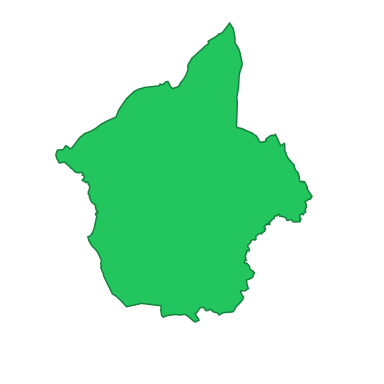 the district of Wachirabarami, Phitsanulok, Thailand, rotated 148°
{"feature_id": "78962969B59938100637315", "entity_name": "Wachirabarami", "entity_type": "district", "adm_level": 2, "iso_a3": "THA", "parent_name": "Thailand", "parent_adm1": "Phitsanulok", "projection": "robinson", "projection_center": [100.102, 16.525], "detail": "fine", "context": "isolated", "style": "filled", "palette": "green", "viewbox_px": 384, "rotation_deg": 148, "n_neighbors": 0, "source": "geoboundaries", "source_scale": "gbopen_adm2", "svg_char_len": 6027}
<svg xmlns="http://www.w3.org/2000/svg" viewBox="0 0 384 384"><g transform="rotate(148 192 192)"><path d="M94.5,123.6L92.6,124.7L92.7,131.6L92.6,134.6L91.9,134.6L91.6,134.8L91.2,140.6L91.2,141.1L92.6,141.2L92.3,142.3L92.5,142.5L94.6,143.2L94.8,143.5L94.6,145.1L94.3,145.4L93.2,147.9L92.7,148.6L92.6,150.9L91.9,151.3L92.2,154.1L92.5,155.6L92.4,156.9L91.9,158.9L91.2,160.7L92.4,168.0L92.6,171.2L92.5,172.4L91.9,174.1L91.7,176.3L91.3,177.8L90.1,180.1L88.0,183.4L88.0,184.4L90.7,184.1L92.0,184.2L92.0,187.1L91.1,192.9L90.7,196.6L93.3,196.8L93.9,197.7L96.4,198.2L98.8,197.9L100.5,198.0L100.9,197.0L101.8,197.2L102.3,196.0L104.1,196.4L107.9,198.0L107.7,202.8L107.9,205.6L107.9,205.9L108.2,206.0L109.0,207.9L109.6,209.9L113.3,215.1L116.2,219.5L119.6,222.7L119.5,223.5L119.1,224.9L118.4,225.7L106.4,243.6L105.2,245.8L104.7,247.1L103.9,248.4L96.8,256.5L90.1,266.1L86.7,269.5L82.8,272.5L82.1,273.4L81.1,275.1L80.2,277.4L77.3,285.4L76.6,288.2L76.5,291.3L76.5,295.7L73.9,300.0L70.6,308.3L70.5,315.3L80.9,311.4L82.1,311.1L82.8,311.1L85.6,311.8L85.8,311.3L86.6,311.4L90.8,311.0L98.2,311.4L99.3,309.4L99.5,309.1L103.7,308.7L121.2,305.5L124.8,303.6L126.6,302.8L128.5,301.4L129.2,300.4L130.2,298.4L131.7,296.9L136.6,293.5L140.8,291.6L142.5,291.2L143.6,290.7L144.5,290.5L146.0,289.4L146.5,288.8L149.2,288.9L153.7,290.1L153.9,290.3L154.5,294.5L154.0,294.9L153.9,298.5L154.8,298.8L155.6,299.3L158.5,298.8L159.5,298.4L159.8,298.4L160.6,298.9L161.8,300.5L163.2,299.6L164.6,299.9L176.2,305.5L182.4,307.4L185.3,307.8L188.3,307.8L195.6,306.4L198.2,305.8L199.4,305.3L210.4,300.5L216.9,295.8L226.1,297.2L232.9,297.6L239.8,297.0L244.7,297.1L252.3,298.4L258.3,297.6L269.7,293.3L271.7,293.0L272.3,293.2L273.8,297.1L274.2,297.8L274.6,298.1L275.3,297.9L277.8,296.7L278.7,296.4L279.5,296.4L279.8,296.5L280.7,297.2L281.5,297.7L283.1,298.5L284.2,298.6L285.0,298.2L286.5,296.9L287.7,295.6L288.3,294.5L288.4,293.5L289.0,291.7L288.8,289.3L289.2,288.7L289.3,288.2L289.2,287.4L289.0,286.9L288.6,286.5L287.1,286.2L285.5,285.4L284.5,284.8L284.0,284.0L282.3,278.2L282.1,276.5L281.6,275.6L281.1,274.1L280.6,271.1L280.0,270.4L279.6,269.6L278.8,269.2L278.4,268.5L277.9,268.3L277.4,268.2L276.6,267.7L275.9,267.6L275.4,267.3L275.1,267.0L275.0,266.4L274.5,265.7L274.8,265.3L275.5,264.9L276.0,264.8L276.1,264.7L276.0,264.4L275.5,264.1L275.4,263.4L275.0,262.8L275.2,262.2L275.7,261.4L277.1,260.6L278.6,260.4L278.9,260.2L279.0,259.9L278.8,259.5L278.0,258.9L277.0,256.1L276.6,255.9L275.7,256.0L275.4,255.9L275.3,254.7L275.7,253.7L275.9,253.1L275.4,251.6L276.0,250.9L276.8,249.5L277.5,248.9L278.3,248.0L279.4,247.6L279.8,247.1L280.2,246.1L281.1,245.5L281.0,244.0L280.6,242.9L280.8,242.6L281.4,242.4L281.7,242.2L282.1,240.5L282.1,239.1L282.5,238.4L282.5,238.1L282.3,237.0L282.4,235.6L281.3,233.9L280.9,232.6L281.4,231.8L281.3,230.7L282.2,229.9L282.2,228.8L282.8,227.8L282.8,227.4L282.4,226.9L282.6,226.3L282.3,225.5L282.4,225.1L282.8,225.0L283.2,225.4L283.5,225.3L283.7,225.1L283.7,224.5L284.0,224.3L284.4,224.4L284.9,224.9L285.3,224.6L285.4,223.9L285.8,223.5L285.4,222.8L285.5,222.1L285.7,221.8L293.7,213.6L296.6,211.1L297.8,210.3L299.7,209.6L300.6,209.1L301.6,208.7L302.1,208.7L304.0,209.2L304.8,206.9L305.3,204.4L305.4,202.4L305.4,199.3L304.4,195.1L303.9,191.1L304.3,187.1L304.6,186.1L304.9,182.2L307.5,179.5L308.1,176.9L308.3,176.8L309.1,176.7L309.3,176.5L310.8,168.7L311.2,168.1L311.4,167.5L313.5,147.9L312.9,146.4L311.9,144.7L311.5,143.8L309.9,137.9L308.3,129.4L293.9,124.3L278.4,111.9L279.9,109.9L280.5,108.7L281.0,108.7L281.9,106.3L282.7,104.6L283.1,103.4L282.8,101.1L277.9,100.2L276.7,99.7L270.8,96.8L267.7,94.2L263.1,92.1L262.2,90.9L261.7,89.8L258.8,81.1L258.1,80.0L254.0,79.5L253.7,81.1L254.1,83.9L253.9,85.9L253.9,87.0L251.3,87.4L248.2,88.8L246.1,89.5L243.3,88.1L243.3,85.8L242.9,83.8L240.8,82.9L239.4,83.0L238.2,82.4L238.1,81.3L237.7,79.6L236.4,77.8L234.5,76.3L234.6,75.4L234.4,74.8L234.1,74.6L234.2,73.3L229.7,73.1L228.9,72.9L223.2,69.8L220.5,68.7L218.3,69.7L216.1,71.1L208.3,73.0L205.5,74.4L204.1,75.4L204.0,75.5L204.1,78.5L204.0,79.7L203.4,82.5L198.8,79.9L198.5,80.1L197.1,80.3L195.4,80.1L194.7,83.5L192.6,88.4L187.5,87.5L185.5,87.8L182.1,90.4L181.9,90.6L182.2,91.2L182.2,91.5L182.0,92.2L182.6,93.0L183.5,95.5L183.5,96.7L182.7,98.6L182.8,100.0L183.3,102.6L183.8,103.1L185.2,103.8L185.0,104.2L183.9,105.7L181.9,105.5L182.2,106.8L181.4,107.6L180.8,109.6L179.4,110.4L178.6,111.4L178.1,111.2L176.7,113.1L176.1,113.0L175.5,112.1L174.2,112.0L173.8,113.1L173.6,114.2L173.6,115.3L173.8,116.3L173.5,116.6L172.8,117.1L170.6,117.9L168.8,118.1L168.1,119.5L167.1,119.5L165.9,119.3L164.7,118.8L164.2,118.0L163.2,117.8L162.8,118.0L161.6,120.3L160.7,121.0L159.4,120.8L158.2,121.2L157.3,121.0L156.7,120.7L156.2,120.9L155.4,119.8L155.2,119.6L154.5,120.2L153.1,120.3L152.5,120.1L151.9,120.4L151.2,120.2L150.7,121.2L149.6,121.4L149.2,121.6L149.0,122.6L149.5,123.5L149.6,124.0L148.7,124.6L147.0,124.5L146.1,125.2L145.8,125.1L145.3,124.7L144.3,125.0L144.2,124.8L144.6,124.4L144.6,124.1L143.8,124.0L143.6,123.5L143.3,123.2L143.1,123.4L143.2,123.8L142.8,124.2L143.0,124.7L142.9,125.0L142.3,124.9L142.1,125.4L141.8,125.5L141.1,125.4L140.5,125.9L140.2,125.8L139.3,125.7L139.0,125.9L138.6,126.3L137.9,126.2L136.9,126.5L136.4,126.2L135.1,127.5L134.3,127.7L134.1,127.7L133.4,127.1L132.6,127.1L132.2,126.7L131.6,127.3L131.1,127.4L130.1,127.0L129.9,126.6L130.0,126.2L130.5,125.5L130.4,124.8L129.7,124.4L129.0,124.4L128.9,123.8L128.7,123.4L127.4,122.4L126.4,120.9L126.1,119.5L126.6,118.1L126.3,117.4L125.6,117.0L124.1,116.7L122.6,116.1L122.4,115.7L122.2,114.0L122.1,113.4L121.9,113.1L121.2,112.8L120.9,112.1L117.7,110.5L116.7,109.8L116.1,109.6L115.8,109.9L115.6,110.9L115.4,111.3L115.1,111.4L114.5,111.0L114.1,111.1L113.8,112.3L113.5,114.9L113.3,115.0L111.6,115.1L110.7,115.3L109.5,113.7L108.8,114.3L108.3,114.9L106.8,114.6L106.2,114.7L105.7,116.2L105.0,117.6L104.3,118.0L103.1,118.3L102.8,118.8L102.3,120.2L101.9,120.5L101.6,122.1L101.6,123.4L101.5,123.6L100.1,123.9L98.3,123.8L97.2,124.1L96.7,124.0L96.7,123.6L95.6,123.3L94.5,123.6Z" fill="#22c55e" stroke="#15803d" stroke-width="1.5"/></g></svg>